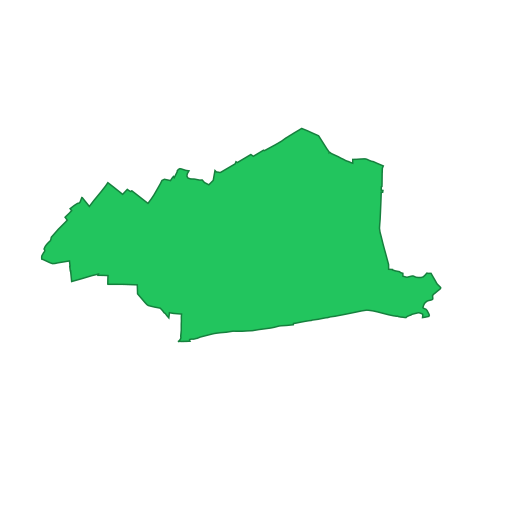 the district of Milisauti, Suceava, Romania, rotated 315°
{"feature_id": "2599482B30134171619265", "entity_name": "Milisauti", "entity_type": "district", "adm_level": 2, "iso_a3": "ROU", "parent_name": "Romania", "parent_adm1": "Suceava", "projection": "albers", "projection_center": [26.004, 47.784], "detail": "fine", "context": "isolated", "style": "filled", "palette": "green", "viewbox_px": 512, "rotation_deg": 315, "n_neighbors": 0, "source": "geoboundaries", "source_scale": "gbopen_adm2", "svg_char_len": 4714}
<svg xmlns="http://www.w3.org/2000/svg" viewBox="0 0 512 512"><g transform="rotate(315 256 256)"><path d="M350.6,411.4L351.0,411.0L352.3,409.5L352.9,408.8L354.1,408.7L354.4,408.6L356.6,408.9L359.3,409.1L361.1,409.3L362.7,409.5L363.6,409.4L364.2,409.0L364.3,408.4L364.3,407.4L364.3,406.1L364.3,404.1L364.5,403.0L365.2,400.6L366.2,396.8L367.5,392.0L365.6,390.2L364.7,388.9L362.2,389.1L359.5,389.0L357.6,388.0L355.5,385.9L354.0,384.0L353.6,382.7L352.9,381.1L351.6,380.1L347.7,377.8L346.8,376.3L345.6,374.1L347.6,372.1L346.6,370.2L346.4,368.9L346.3,368.4L344.1,365.2L342.7,362.5L343.0,362.1L340.4,359.2L343.7,355.8L349.8,345.2L351.6,342.0L354.2,337.5L358.0,331.2L360.7,326.6L362.9,323.7L366.2,320.8L369.5,318.0L374.9,313.1L383.6,305.1L388.1,300.9L389.4,299.7L389.7,299.4L390.6,300.5L392.1,299.4L391.1,298.0L393.5,295.7L394.2,295.9L394.4,295.7L395.7,294.5L404.2,286.2L404.6,286.0L405.3,285.2L406.1,284.5L407.4,283.3L409.7,282.3L407.2,276.2L405.7,272.2L404.6,270.6L403.6,268.3L402.9,266.3L402.3,265.1L401.4,264.0L398.2,261.1L395.4,258.7L392.7,256.1L390.2,258.6L390.0,258.8L389.2,257.2L388.2,254.6L387.2,252.7L386.7,251.3L386.1,249.2L385.9,248.7L385.2,246.8L384.4,244.0L382.5,238.9L381.7,236.7L381.5,235.0L381.3,234.6L381.0,234.6L381.2,234.4L381.3,233.7L381.5,232.5L382.0,229.7L382.3,228.5L384.5,218.7L385.2,215.6L385.2,215.1L383.0,209.4L382.4,207.8L381.0,204.0L378.5,198.1L375.6,197.4L370.2,196.0L367.1,195.3L364.4,194.6L363.3,194.4L362.0,194.1L361.4,193.9L360.9,193.8L360.7,193.8L360.6,193.7L355.4,192.9L348.2,191.0L336.5,187.5L336.1,186.5L324.6,183.6L324.1,180.6L308.8,176.7L308.5,175.2L306.4,176.1L290.3,171.9L289.5,171.5L288.9,170.5L287.4,168.5L287.4,166.6L279.2,172.3L273.0,172.3L271.5,167.6L271.7,164.2L269.9,162.6L266.9,158.1L264.3,155.3L263.0,152.8L263.6,150.6L265.7,149.2L268.8,148.4L266.9,145.8L264.8,141.7L263.9,140.4L262.3,139.9L260.5,140.1L259.7,140.8L253.5,142.8L253.8,141.4L251.7,141.6L248.8,142.2L248.6,141.8L245.5,137.0L242.9,136.1L239.4,137.3L233.2,139.0L226.9,140.7L221.8,141.7L216.8,142.4L216.2,137.5L215.0,127.6L214.3,122.1L214.1,122.0L213.0,121.9L212.4,119.9L212.1,117.9L205.3,118.1L204.5,111.0L204.1,107.3L203.1,99.4L199.4,100.1L192.2,101.0L180.8,102.1L173.2,103.1L173.5,100.5L174.4,91.9L174.2,91.5L172.8,92.1L170.2,93.3L168.8,93.6L168.2,93.4L167.0,92.6L163.4,91.8L158.0,91.1L157.7,93.6L157.1,93.6L156.6,93.6L154.3,93.7L150.2,93.6L148.4,93.6L147.9,97.2L146.9,97.2L145.9,97.3L144.2,97.3L141.6,97.3L135.1,97.3L124.5,98.0L124.1,98.3L122.4,99.4L121.4,99.8L119.7,99.7L118.2,99.7L116.1,99.8L113.7,100.2L112.3,100.7L111.1,101.2L110.9,101.7L110.8,102.5L110.3,103.0L109.6,103.3L108.0,103.5L107.0,103.8L105.5,104.2L104.6,104.5L103.7,105.2L102.9,106.0L102.3,106.8L102.9,107.8L105.3,114.4L106.0,116.1L106.8,117.6L108.5,119.1L111.0,120.7L114.5,123.2L120.6,127.6L117.4,131.6L117.1,131.5L114.2,135.2L114.4,135.4L107.6,143.7L116.7,148.8L126.0,153.8L131.7,157.3L131.0,157.6L130.6,157.9L134.4,161.8L137.5,165.2L134.4,168.1L131.3,171.1L131.3,171.3L132.6,172.6L134.7,174.7L142.5,182.6L144.9,185.2L151.6,192.4L150.4,193.8L145.5,199.0L144.6,210.3L144.5,213.1L144.8,214.8L145.2,215.5L146.5,217.7L148.3,220.6L150.5,223.8L151.4,225.2L151.3,228.6L150.9,231.1L151.2,232.6L150.8,235.2L150.6,238.1L154.7,234.9L157.0,238.2L162.3,244.4L160.1,246.3L157.2,249.3L155.1,251.2L152.7,253.6L150.7,255.6L147.6,258.2L146.6,259.0L145.7,259.9L145.2,260.6L144.2,261.2L143.2,261.5L142.7,261.5L141.9,261.7L141.2,261.5L140.3,261.4L141.3,262.1L141.9,262.6L142.9,263.8L146.8,267.5L149.0,269.5L149.1,269.1L150.0,268.1L151.6,269.1L152.8,270.4L154.2,271.4L155.1,271.8L156.0,272.5L157.3,273.1L159.1,273.8L163.0,276.1L169.1,279.7L171.5,281.2L173.7,282.8L176.5,285.0L181.1,288.9L186.6,292.9L188.7,295.1L193.1,299.5L197.1,303.0L200.7,306.3L205.8,309.9L213.1,315.5L215.6,317.4L218.6,319.4L222.6,321.7L224.1,322.8L228.7,326.9L233.8,331.0L234.8,330.2L236.6,331.6L240.7,334.3L244.5,336.9L247.7,339.2L249.5,340.7L250.5,341.1L255.2,344.7L260.0,347.9L261.9,349.2L263.0,350.2L265.4,351.5L269.3,354.5L272.0,356.3L275.8,358.9L281.8,362.9L287.1,366.4L292.0,369.6L295.8,372.4L297.0,373.7L299.9,377.5L302.5,381.6L304.3,384.7L308.2,391.3L311.0,395.6L312.3,397.3L312.5,397.7L313.1,398.2L313.5,398.6L314.0,399.8L314.6,400.6L314.9,401.1L315.4,401.8L316.3,402.8L317.4,404.3L317.8,404.8L318.5,405.6L319.2,405.6L319.9,405.6L321.3,406.1L322.8,406.7L323.7,407.3L324.1,407.3L325.0,407.5L330.5,410.8L331.1,411.4L331.8,412.6L332.4,414.1L332.6,414.6L332.6,415.1L332.4,415.4L332.2,415.7L330.2,417.3L332.4,418.9L335.5,420.9L336.7,420.4L337.3,419.1L338.4,415.6L338.5,413.8L337.9,412.4L337.5,411.2L337.5,410.5L338.5,410.0L339.6,409.4L341.6,408.7L343.5,408.7L345.5,409.0L346.7,409.7L348.6,410.9L349.8,411.4L350.6,411.4Z" fill="#22c55e" stroke="#15803d" stroke-width="1.5"/></g></svg>